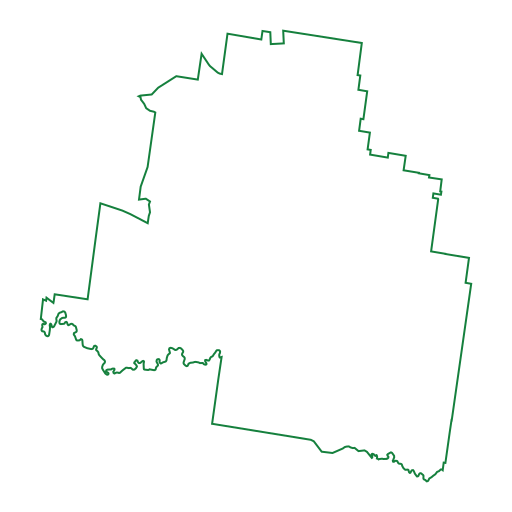 outline of Leeton, New South Wales, Australia
{"feature_id": "25037944B57687505469181", "entity_name": "Leeton", "entity_type": "district", "adm_level": 2, "iso_a3": "AUS", "parent_name": "Australia", "parent_adm1": "New South Wales", "projection": "equal_earth", "projection_center": [146.159, -34.53], "detail": "fine", "context": "isolated", "style": "outline", "palette": "green", "viewbox_px": 512, "rotation_deg": 0, "n_neighbors": 0, "source": "geoboundaries", "source_scale": "gbopen_adm2", "svg_char_len": 5949}
<svg xmlns="http://www.w3.org/2000/svg" viewBox="0 0 512 512"><path d="M46.5,297.7L46.1,300.7L43.0,299.4L43.0,299.7L40.8,319.0L41.8,319.2L43.8,321.5L45.6,322.3L45.9,323.2L45.7,323.6L44.9,324.2L44.5,324.3L43.1,323.8L42.4,324.3L42.2,325.0L42.5,327.1L41.8,328.4L41.5,329.7L41.6,330.4L41.9,330.9L42.3,331.3L43.5,331.4L44.3,331.8L44.8,332.6L45.2,334.5L46.2,335.7L47.3,336.2L47.9,336.2L48.4,335.9L48.8,335.5L49.1,334.7L49.8,330.2L50.0,327.3L49.7,325.2L50.0,324.1L50.4,323.7L50.9,323.9L51.4,324.8L51.9,326.7L52.3,327.2L52.7,327.3L53.7,326.8L54.1,326.3L56.4,321.8L56.6,320.9L56.3,319.0L56.4,317.9L57.6,316.2L58.6,313.6L59.8,312.7L61.4,312.2L62.8,311.4L63.8,311.4L64.5,311.7L65.2,312.5L65.9,314.8L66.1,316.2L65.8,317.3L65.1,317.7L63.0,317.8L62.1,318.0L60.3,319.3L59.8,320.2L59.4,321.6L59.4,322.5L59.6,323.4L60.1,323.9L60.9,324.1L63.9,323.8L64.4,323.6L65.3,322.2L66.3,321.9L66.7,322.1L67.0,322.5L67.6,324.3L68.0,324.9L68.3,325.2L68.8,325.1L70.8,323.9L71.8,323.8L72.7,324.2L73.6,325.3L75.4,326.2L75.9,327.0L76.7,330.1L76.7,331.0L76.5,331.6L76.1,332.0L74.0,333.1L73.8,333.9L73.8,334.6L75.0,336.3L76.1,339.5L76.6,340.3L77.6,340.5L79.2,340.4L80.0,340.0L80.9,339.1L81.7,339.4L82.1,339.7L82.4,340.7L82.6,343.8L82.8,345.3L83.1,346.0L83.9,346.8L87.2,348.2L91.3,349.1L92.4,348.9L93.0,348.5L93.4,347.8L93.9,346.4L94.3,345.9L95.3,345.7L96.5,346.5L96.8,347.0L96.8,347.7L96.1,349.4L96.2,350.1L97.5,351.2L98.3,352.3L98.8,354.4L99.4,355.3L101.6,357.7L103.3,359.4L104.3,360.1L104.8,360.9L105.0,361.8L104.6,362.9L103.4,364.1L102.8,365.0L102.2,366.8L102.1,368.1L102.8,369.6L105.3,373.5L106.8,374.6L107.5,374.7L108.2,374.4L108.5,373.8L108.5,373.3L108.1,372.8L106.4,371.7L106.1,371.2L106.2,370.4L106.7,370.0L107.6,369.6L111.2,369.4L111.8,368.9L112.7,368.6L114.1,368.6L114.4,368.8L114.5,369.4L114.2,370.4L113.3,371.7L113.5,372.8L114.0,373.3L114.6,373.5L115.5,372.9L116.9,372.5L118.2,372.7L119.0,373.0L119.9,372.8L122.5,370.4L125.9,367.8L126.8,367.7L128.7,368.1L130.5,367.9L131.0,368.1L132.9,369.7L133.9,369.7L134.5,369.5L135.9,368.3L136.4,367.5L136.9,366.6L136.6,365.6L135.4,364.1L134.4,363.3L134.2,363.0L134.4,362.3L135.0,361.7L135.8,360.5L136.3,360.2L137.4,360.6L137.8,361.8L138.4,362.6L138.8,363.0L139.5,363.1L140.3,362.9L142.5,361.1L143.3,360.9L143.8,361.2L144.0,361.7L143.6,363.9L143.8,368.6L144.0,369.3L144.6,369.6L148.1,370.0L148.9,369.8L149.5,369.3L153.6,370.1L154.8,370.1L155.6,369.5L156.1,367.5L156.5,366.9L157.5,366.0L158.0,365.2L157.9,364.3L156.8,362.3L156.5,361.5L156.7,360.2L157.0,359.6L158.1,359.1L158.8,359.1L159.2,359.4L159.7,360.2L159.5,361.5L159.6,362.1L160.1,363.0L160.8,363.5L161.2,363.4L163.1,362.3L164.9,361.8L165.8,361.4L166.1,361.0L166.5,360.2L166.8,357.9L167.6,355.4L168.4,354.4L169.8,353.3L169.9,352.6L169.0,349.4L169.5,348.2L170.6,347.8L172.0,348.1L173.2,348.7L175.0,349.9L175.8,350.0L177.0,349.5L178.6,348.0L179.9,347.9L181.0,348.4L182.3,349.7L183.1,350.8L183.2,351.4L183.1,352.1L182.2,353.5L182.0,354.5L182.1,355.0L182.8,356.0L184.2,357.1L184.7,358.0L184.7,359.1L183.6,362.3L183.6,363.3L183.9,364.0L185.3,365.4L186.4,366.1L186.7,366.1L187.5,365.9L188.4,364.4L188.5,363.8L189.1,363.4L190.3,362.8L193.1,362.5L194.5,362.0L195.7,361.9L198.5,362.4L200.0,363.1L202.7,363.0L203.2,363.3L203.6,364.0L204.1,364.3L205.3,364.7L206.0,364.6L206.4,364.3L206.5,363.8L206.2,363.0L205.2,361.3L205.1,360.7L205.2,360.1L205.5,360.0L206.4,359.9L208.1,360.6L209.0,360.5L209.6,359.6L210.4,357.7L211.2,356.9L212.2,356.5L212.9,355.9L213.9,354.2L215.3,352.5L216.0,351.3L216.5,350.6L217.0,350.2L219.0,350.2L219.8,350.8L220.1,351.5L220.0,352.9L219.4,354.1L219.2,355.1L219.4,356.9L219.8,357.5L220.1,357.5L221.6,357.0L218.4,378.6L212.1,423.8L310.8,439.8L313.8,441.3L321.7,451.7L332.5,453.0L342.8,448.5L344.7,447.1L346.4,446.6L348.8,446.4L350.5,447.4L352.8,448.1L354.6,447.9L358.5,451.1L364.5,450.4L366.9,451.8L371.8,457.9L372.2,457.6L372.3,457.1L372.1,455.3L371.6,454.4L371.9,454.0L372.3,453.8L373.7,454.2L374.6,455.4L375.4,455.9L375.7,455.8L376.1,455.2L376.5,455.1L376.8,455.5L377.1,456.5L377.1,457.4L376.9,458.5L377.9,458.9L378.6,459.4L379.0,459.1L382.1,458.7L383.3,459.0L386.8,458.9L386.9,458.7L387.2,458.4L387.8,458.3L388.3,457.7L388.4,456.8L387.4,455.4L387.3,454.7L388.0,454.0L390.8,452.4L391.4,452.5L392.1,453.0L394.1,455.8L394.2,457.4L393.5,459.1L393.4,459.7L392.8,460.6L393.0,461.6L393.6,461.8L394.1,461.7L395.1,460.9L395.6,460.8L396.8,460.9L397.3,461.2L398.3,463.1L398.8,463.5L399.2,463.7L400.7,463.8L401.4,464.1L401.8,464.5L402.4,466.3L403.5,468.2L405.0,469.6L405.6,469.8L407.8,469.6L408.4,470.0L409.0,472.1L409.7,472.9L410.1,472.9L410.5,472.6L411.3,471.0L411.9,470.3L413.0,470.1L413.4,470.5L413.9,471.3L414.9,473.7L416.9,476.4L417.7,476.4L418.3,476.0L419.2,474.0L419.8,473.4L420.4,473.2L421.0,473.3L423.2,475.1L423.5,475.8L423.4,478.1L423.5,478.8L424.0,479.4L425.5,480.1L426.6,481.3L427.0,481.3L427.7,481.1L428.2,480.7L429.3,478.5L431.5,477.2L433.4,475.6L435.3,474.3L437.1,471.9L438.9,471.2L440.6,469.6L441.0,469.4L441.8,469.5L442.7,470.2L443.7,462.6L445.4,462.9L449.8,431.7L451.5,420.2L451.7,420.3L452.0,418.4L471.2,283.8L465.6,282.8L469.0,257.9L445.4,254.0L445.4,253.8L431.1,251.4L438.2,199.2L438.0,198.7L432.8,197.8L433.4,193.4L440.9,194.7L441.4,191.6L440.2,191.4L441.7,179.4L429.0,177.5L429.4,175.1L418.8,173.3L418.9,172.8L403.6,170.3L405.7,155.8L388.4,152.9L387.8,157.6L370.1,154.6L370.7,149.9L367.6,149.4L369.9,132.6L359.1,130.8L360.7,118.7L363.4,119.2L367.2,91.3L358.4,89.8L360.3,75.5L357.6,75.1L361.8,43.0L283.2,30.7L283.8,43.4L270.8,44.1L270.3,32.2L262.5,31.0L261.3,39.5L227.5,33.7L222.0,74.1L219.7,73.6L217.7,72.6L210.0,66.1L208.8,64.6L201.6,53.8L197.8,79.6L176.3,76.2L158.2,87.7L151.7,94.5L140.4,95.6L138.8,96.3L140.5,97.2L141.0,99.7L144.2,103.9L146.2,108.2L150.0,110.8L153.9,111.7L155.3,112.5L147.6,167.0L140.7,186.6L139.0,199.6L145.8,198.7L150.0,201.5L148.9,204.5L150.0,212.3L148.8,215.9L147.7,223.2L130.3,214.1L122.4,210.6L100.4,203.3L95.7,238.1L87.6,299.3L54.7,294.3L53.7,301.4L53.4,302.9L46.5,297.7Z" fill="none" stroke="#15803d" stroke-width="2"/></svg>